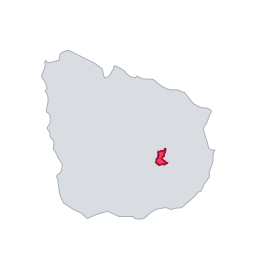 José Batlle y Ordóñez, Lavalleja, Uruguay shown in context, rotated 343°
{"feature_id": "84410073B85755445847609", "entity_name": "José Batlle y Ordóñez", "entity_type": "district", "adm_level": 2, "iso_a3": "URY", "parent_name": "Uruguay", "parent_adm1": "Lavalleja", "projection": "robinson", "projection_center": [-55.068, -33.521], "detail": "fine", "context": "in_parent", "style": "filled", "palette": "rose", "viewbox_px": 256, "rotation_deg": 343, "n_neighbors": 0, "source": "geoboundaries", "source_scale": "gbopen_adm2", "svg_char_len": 5281}
<svg xmlns="http://www.w3.org/2000/svg" viewBox="0 0 256 256"><g transform="rotate(343 128 128)"><path d="M204.6,174.6L203.1,176.0L201.4,178.7L199.4,185.1L192.7,193.9L191.3,198.9L184.2,204.1L179.1,209.9L175.9,209.8L172.9,212.3L155.9,219.9L149.8,218.5L145.2,218.5L141.0,215.1L131.4,213.9L125.4,215.3L117.3,219.0L114.9,218.9L113.2,218.7L108.8,217.2L106.4,213.9L93.9,210.2L83.9,201.6L72.0,201.5L63.0,202.6L61.6,201.4L60.6,199.3L58.7,196.1L50.8,188.6L44.6,181.1L43.3,173.7L44.1,165.7L45.9,156.3L45.5,153.3L47.8,151.6L50.0,151.3L52.2,148.8L54.1,145.1L54.4,142.3L52.8,137.1L51.7,129.9L50.4,126.3L52.9,120.6L53.0,117.8L51.5,115.4L51.1,112.9L51.7,110.3L51.6,107.8L50.6,105.5L51.3,103.5L53.6,101.9L55.3,99.6L56.4,96.3L56.9,93.9L56.9,92.2L56.2,90.6L54.8,89.1L55.4,86.1L58.1,81.7L59.9,77.7L60.6,74.3L60.5,71.5L59.6,69.3L60.0,67.9L61.7,67.2L62.4,64.9L62.1,59.3L60.3,54.7L61.6,51.1L65.4,46.9L67.4,43.5L67.5,40.9L68.7,39.4L70.5,42.2L76.0,42.9L81.4,43.0L82.3,42.3L84.4,37.7L87.3,36.4L90.3,36.1L93.7,36.3L97.3,39.4L107.5,49.3L114.9,56.2L117.2,59.4L119.2,61.8L120.7,64.1L120.1,70.0L120.2,72.6L120.5,73.3L122.2,73.4L124.7,72.9L126.8,71.7L128.5,69.8L130.1,68.3L131.4,67.4L131.9,66.2L132.6,64.9L133.4,64.6L134.9,65.6L138.3,68.9L141.0,72.0L141.7,73.8L142.7,75.7L143.8,77.3L144.6,78.9L147.2,80.9L149.9,82.2L151.6,80.9L156.1,85.2L166.0,88.7L167.8,90.9L169.5,94.0L173.0,98.6L177.8,102.8L181.6,104.6L185.3,105.6L187.4,106.5L188.8,108.1L191.0,109.9L192.4,110.5L192.9,112.0L194.4,115.4L195.9,119.7L197.5,123.7L201.1,127.5L205.1,130.4L209.3,132.1L211.7,134.2L212.7,136.4L209.8,139.6L206.7,143.6L204.0,146.8L201.2,149.0L200.2,150.5L199.6,152.9L199.6,165.4L199.3,170.1L199.5,171.3L199.9,172.1L201.7,173.4L203.8,174.4L204.6,174.6Z" fill="#d9dde1" stroke="#a8b0b8" stroke-width="1"/><path d="M144.4,168.9L144.9,169.5L144.9,169.8L145.2,170.2L145.3,170.1L145.5,170.3L145.4,170.5L145.5,170.5L145.6,170.4L145.9,170.5L145.7,170.8L145.7,171.0L145.8,171.0L145.9,170.9L145.9,171.0L146.1,171.1L146.0,171.3L146.0,171.5L146.3,171.5L146.4,171.8L146.5,172.1L146.4,172.3L146.5,172.5L146.9,172.7L147.0,172.6L147.3,172.6L147.4,172.8L147.5,172.8L147.5,172.6L147.8,172.4L148.0,172.6L148.3,172.7L148.5,172.7L148.8,172.6L149.0,172.6L149.4,172.6L149.5,172.5L149.7,172.4L149.9,172.3L150.1,172.4L150.3,172.6L150.3,172.8L150.7,172.8L150.9,172.7L151.0,172.8L150.9,173.0L151.0,173.2L151.4,173.4L151.6,173.3L152.0,173.2L152.4,173.0L152.5,173.3L152.5,173.6L152.8,173.4L152.8,173.2L153.0,173.2L153.0,173.4L153.3,173.5L153.5,173.4L154.0,173.4L154.3,173.2L154.5,173.1L154.7,173.3L154.8,173.3L155.0,173.3L155.1,173.2L155.3,173.2L155.5,172.9L155.3,172.9L155.2,172.8L154.9,172.8L154.9,172.6L154.7,172.5L154.5,172.4L154.4,172.3L154.2,172.1L154.3,172.0L154.2,171.8L154.2,171.7L154.1,171.4L153.9,171.3L153.8,171.2L153.9,170.8L153.8,170.7L153.7,170.7L153.4,170.6L153.4,170.3L153.2,170.3L153.1,170.1L152.9,170.1L152.7,170.0L152.7,169.9L152.7,169.7L152.5,169.2L152.4,169.2L152.2,169.2L152.1,168.9L152.2,168.6L152.0,168.4L151.8,168.3L151.6,168.1L151.5,167.9L151.4,167.6L151.5,167.5L151.4,167.4L151.4,167.2L151.3,166.8L151.3,166.7L151.5,166.6L151.8,166.6L152.0,166.5L152.3,166.1L152.4,165.9L152.5,165.7L152.8,165.7L153.0,165.7L153.1,165.8L153.3,165.8L153.2,165.7L153.3,165.7L153.7,165.5L153.8,165.5L154.0,165.5L154.0,165.4L153.9,165.3L154.0,165.2L154.2,164.9L154.3,164.8L154.2,164.7L154.3,164.6L154.5,164.6L154.5,164.4L154.4,164.3L154.4,164.1L154.8,164.1L154.8,163.9L155.0,163.9L155.1,163.6L155.2,163.3L155.3,163.1L155.5,162.9L155.4,162.7L155.6,162.4L155.9,162.4L156.0,162.3L156.1,162.2L156.3,162.3L156.4,162.2L156.5,162.1L156.5,161.9L156.5,161.7L156.8,161.4L156.9,161.2L156.9,160.9L157.0,160.7L157.2,160.4L157.1,160.2L157.3,160.2L157.4,160.3L157.5,160.3L157.6,160.2L157.6,159.7L157.8,159.5L157.9,159.4L158.0,159.3L158.0,159.2L157.9,159.2L157.8,158.9L157.7,159.0L157.4,158.9L157.2,158.8L157.2,159.0L156.9,159.0L156.8,159.4L156.8,159.5L156.6,159.6L156.6,159.8L156.4,159.7L156.2,159.7L156.1,159.8L155.8,159.8L155.6,159.7L155.4,159.7L155.2,159.8L155.2,160.0L155.0,160.3L154.9,160.2L154.7,160.1L154.5,160.4L154.5,160.5L154.4,160.6L154.2,160.5L154.1,160.4L154.0,160.2L154.3,160.2L154.2,160.0L154.1,159.9L153.9,159.9L153.5,159.9L153.3,159.9L153.2,159.9L152.9,160.0L152.8,159.8L152.8,159.7L152.8,159.3L152.7,159.3L152.4,159.5L152.5,159.6L152.5,159.8L152.4,159.8L152.2,159.6L152.0,159.4L151.9,159.4L151.7,159.3L151.8,159.4L151.7,159.5L151.4,159.7L151.2,159.7L150.9,159.5L150.7,159.6L150.4,159.7L150.5,159.8L150.4,159.9L150.2,159.7L150.2,159.8L150.1,160.0L150.0,159.9L149.9,159.7L149.7,159.8L149.7,160.0L149.8,160.1L149.7,160.2L149.7,160.3L149.7,160.5L149.6,160.4L149.5,160.5L149.4,160.5L149.5,160.7L149.5,160.8L149.4,161.1L149.4,161.3L149.5,161.3L149.6,161.5L149.6,161.8L149.4,162.0L149.6,162.0L149.8,162.3L149.7,162.5L149.6,162.8L149.5,162.7L149.4,162.8L149.3,162.7L149.2,162.7L148.9,162.8L148.7,162.9L148.7,163.3L148.7,163.5L148.6,163.8L148.3,163.9L148.2,164.0L147.9,164.5L148.0,164.6L148.0,164.8L147.8,164.9L148.1,164.7L148.2,165.0L148.2,165.6L148.2,165.8L148.0,166.0L147.9,166.0L147.7,165.9L147.4,165.6L147.1,165.5L146.6,165.8L146.2,165.7L145.8,166.1L145.7,166.4L145.7,166.9L145.7,167.2L145.5,167.6L145.4,167.9L145.4,168.2L145.1,168.6L145.0,168.8L144.9,168.9L144.7,168.9L144.4,168.8L144.4,168.9Z" fill="#f43f5e" stroke="#9f1239" stroke-width="1.5"/></g></svg>